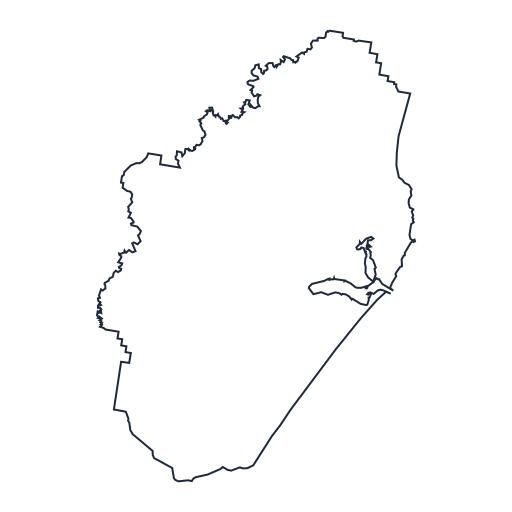 outline of Ballina, New South Wales, Australia
{"feature_id": "25037944B45717157651515", "entity_name": "Ballina", "entity_type": "district", "adm_level": 2, "iso_a3": "AUS", "parent_name": "Australia", "parent_adm1": "New South Wales", "projection": "robinson", "projection_center": [153.529, -28.853], "detail": "fine", "context": "isolated", "style": "outline", "palette": "slate", "viewbox_px": 512, "rotation_deg": 0, "n_neighbors": 0, "source": "geoboundaries", "source_scale": "gbopen_adm2", "svg_char_len": 6010}
<svg xmlns="http://www.w3.org/2000/svg" viewBox="0 0 512 512"><path d="M209.4,107.7L209.9,111.1L207.1,110.3L205.9,111.2L207.6,112.3L206.9,114.4L204.0,116.4L203.6,117.7L199.1,119.8L200.4,120.7L199.6,121.5L201.3,123.3L200.3,125.0L202.9,130.4L204.5,131.5L205.5,134.7L204.0,137.3L201.8,138.0L202.5,141.0L200.6,144.3L199.2,145.3L196.6,144.8L195.1,147.0L193.9,147.2L194.0,148.3L195.2,148.3L195.1,149.3L192.7,150.8L191.1,150.8L188.9,149.1L188.8,150.2L187.3,148.9L185.3,149.1L184.8,153.3L182.3,156.2L181.5,152.4L177.0,151.3L176.7,155.5L175.6,156.6L175.8,159.0L178.5,160.7L177.9,163.4L179.9,167.6L160.1,164.3L161.4,155.5L148.2,153.4L146.7,157.2L142.0,162.0L139.3,163.2L136.2,163.2L130.8,165.5L124.3,171.9L123.7,175.2L122.0,176.1L121.0,182.6L123.4,183.0L122.6,187.8L127.2,191.0L130.4,191.7L132.2,194.2L131.8,197.3L130.9,198.6L132.2,202.5L128.2,206.8L128.8,209.7L128.3,211.4L130.9,212.8L128.5,217.6L130.9,218.0L133.6,221.6L133.6,222.5L131.0,223.6L131.4,225.2L137.2,226.5L140.9,231.1L139.6,234.1L138.0,235.4L140.6,241.2L137.5,244.3L133.8,242.4L132.2,243.3L135.5,251.2L132.4,252.3L129.0,250.0L126.1,252.7L124.6,250.6L124.3,252.5L120.4,253.9L119.1,253.5L119.5,255.1L121.2,256.2L121.3,257.5L118.2,262.3L122.2,263.4L121.5,265.2L118.9,267.0L119.3,268.1L121.1,268.7L120.9,270.4L118.0,272.1L115.8,270.7L113.6,273.0L112.9,276.7L109.5,278.4L108.6,280.7L104.8,282.9L104.4,283.9L105.2,284.9L105.4,288.5L102.5,290.6L101.0,289.4L99.0,295.6L99.9,297.9L97.9,298.4L98.3,300.9L100.1,302.2L101.0,301.8L99.6,303.6L100.9,305.0L99.5,305.4L98.8,304.5L97.9,305.9L98.1,307.9L100.1,307.8L101.3,309.4L99.1,311.2L101.0,311.4L101.2,313.0L99.7,312.2L98.7,313.0L97.6,311.8L97.0,315.4L98.5,316.8L97.9,317.9L99.1,318.0L99.5,316.8L101.9,318.6L99.5,320.2L101.2,321.1L100.4,322.1L102.0,322.8L100.7,324.4L101.9,324.9L100.0,326.8L103.5,327.9L105.5,329.5L118.6,331.7L117.5,338.5L122.2,339.2L121.2,345.4L126.4,346.3L125.5,352.1L130.8,353.0L129.2,362.9L121.1,361.8L113.9,409.5L125.8,411.7L128.4,418.6L128.1,420.8L129.3,422.7L130.3,430.1L132.8,434.3L152.7,451.0L152.7,454.9L154.1,458.1L172.2,468.0L173.9,478.2L175.4,480.0L178.5,481.3L188.1,480.3L191.7,481.1L193.4,478.6L195.7,477.2L207.4,474.6L220.3,469.1L222.8,467.0L227.6,469.9L231.2,470.6L239.8,467.4L243.2,468.4L247.3,468.2L253.2,465.4L271.9,436.1L280.5,424.9L290.5,409.8L335.7,349.4L360.7,318.4L377.3,299.7L386.0,291.8L390.7,293.7L383.4,290.4L380.5,289.7L377.8,290.4L373.7,293.9L370.2,292.4L368.6,292.7L367.2,294.3L368.3,294.6L369.9,292.9L370.8,294.6L369.6,297.5L368.6,297.6L368.8,299.9L367.3,304.7L365.8,305.0L360.5,303.8L352.7,298.9L351.9,298.7L351.6,299.5L349.3,296.6L345.6,294.3L342.3,293.9L341.6,294.7L338.8,293.0L335.1,292.4L328.0,294.8L321.1,292.2L313.4,294.2L308.8,288.0L309.2,286.6L312.0,283.9L324.2,280.9L327.4,279.3L328.5,279.6L328.2,279.0L329.6,278.5L329.9,279.4L333.7,279.3L334.1,278.0L334.4,279.0L344.9,280.5L344.7,281.1L345.4,280.8L350.5,283.3L355.5,287.3L357.2,287.8L361.4,287.8L366.6,286.1L367.2,286.6L373.6,281.9L368.2,277.5L365.5,273.0L365.7,267.0L364.9,263.5L365.4,258.5L366.4,256.6L366.4,254.1L365.6,252.8L366.2,250.7L365.3,252.5L363.7,248.1L361.3,247.5L360.5,249.0L358.0,249.5L357.0,249.2L356.4,247.4L359.8,243.9L359.9,242.0L361.2,243.9L366.3,238.6L371.1,236.9L373.4,238.5L371.3,240.1L368.0,240.4L367.5,243.5L368.8,245.0L368.0,245.6L369.4,245.3L370.8,246.6L369.5,246.9L366.9,245.6L366.4,248.4L366.7,248.8L367.4,249.1L367.9,249.1L366.9,248.8L367.4,247.8L370.9,252.2L370.3,252.9L370.8,255.0L370.2,257.9L373.1,260.2L375.8,267.6L374.5,268.9L375.7,274.6L373.9,279.8L374.6,280.2L376.7,278.2L378.1,279.4L379.1,279.2L382.2,283.9L393.3,290.7L390.2,288.1L390.3,287.3L392.3,282.5L396.3,276.1L395.5,274.3L395.9,273.0L400.1,267.0L402.0,266.2L401.6,259.6L403.6,255.7L404.8,255.3L404.9,252.7L410.8,242.7L412.8,240.7L413.5,241.9L415.0,241.4L414.5,239.6L412.9,240.5L410.5,239.0L409.5,235.0L411.1,224.2L413.8,222.2L412.7,220.6L413.4,218.9L412.3,217.6L413.2,215.5L411.8,211.7L412.9,209.7L414.1,209.7L409.8,207.6L408.6,203.0L408.9,199.4L411.4,195.5L410.7,191.4L411.6,189.1L408.9,185.0L404.6,182.8L402.2,179.7L398.9,177.4L396.4,165.5L396.8,152.5L398.6,136.1L410.2,93.5L398.4,91.5L396.1,86.8L396.3,84.4L394.1,84.0L394.3,82.2L387.6,81.1L388.4,76.2L379.4,74.6L381.1,63.2L376.1,62.4L377.4,54.2L369.6,52.8L371.3,42.4L358.6,40.6L356.6,41.5L354.6,41.2L353.7,40.8L353.9,39.5L343.4,37.8L342.6,36.4L343.0,32.8L329.4,30.7L328.1,31.8L327.4,31.2L326.1,32.6L325.5,36.8L323.8,38.1L318.7,37.7L317.5,38.8L317.7,40.6L313.0,40.6L310.9,43.6L311.9,47.5L310.5,49.4L307.5,48.8L306.6,51.7L304.1,52.5L304.0,53.8L302.0,52.5L296.5,56.5L298.7,57.6L297.4,61.3L295.2,61.9L296.2,63.2L294.6,62.0L293.3,62.3L293.1,60.1L291.6,60.0L290.3,58.4L283.7,56.2L283.1,57.0L285.0,59.3L283.7,62.1L280.7,60.0L280.9,62.2L280.1,64.3L278.4,64.2L277.0,66.2L277.1,64.9L275.8,65.2L274.5,67.1L273.5,66.4L272.5,63.0L268.8,63.1L265.8,65.8L267.2,66.5L267.6,69.0L266.2,70.4L264.1,70.8L264.0,73.0L263.1,73.9L261.2,72.0L261.2,69.2L258.9,68.2L258.7,64.4L255.3,65.3L254.6,68.3L251.7,70.7L251.6,73.1L253.4,75.4L257.6,76.6L258.4,78.8L253.4,80.8L249.7,80.5L247.6,81.9L247.4,82.9L248.3,84.4L253.4,86.2L253.4,87.2L250.6,90.0L252.1,90.5L251.6,92.4L254.0,96.3L256.3,95.7L257.5,94.2L260.1,95.2L258.4,96.6L257.7,99.7L257.9,103.2L259.5,106.2L258.1,106.2L255.3,108.2L252.9,107.5L251.1,105.3L251.3,106.9L250.4,106.9L248.4,104.4L249.7,100.4L246.2,100.0L245.4,102.1L244.1,102.4L245.3,104.1L242.8,106.4L243.1,108.2L240.8,108.5L242.7,109.8L241.5,111.8L244.1,112.2L242.6,113.1L242.0,115.0L240.2,115.5L239.9,117.2L238.6,118.4L237.6,117.3L235.0,117.2L232.8,115.0L231.9,115.6L231.2,117.8L230.3,117.7L230.0,116.1L228.9,116.0L228.7,117.2L229.8,118.1L227.4,120.8L226.2,120.7L226.4,122.3L227.6,122.7L226.6,123.8L225.8,123.4L225.4,120.8L223.7,121.0L222.1,118.3L220.8,118.8L219.8,116.9L218.7,116.4L218.0,114.2L217.2,115.3L215.8,115.1L215.5,116.5L214.5,115.3L213.6,115.4L212.8,113.2L213.2,111.2L211.0,110.3L212.6,109.5L212.0,107.6L209.4,107.7ZM367.1,287.1L365.9,287.7L366.3,286.4L365.5,286.7L365.8,288.1L366.7,288.4L367.4,287.6L367.1,287.1Z" fill="none" stroke="#1e293b" stroke-width="2"/></svg>